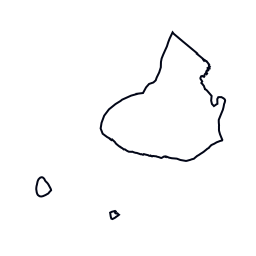 outline of Lapaha, Tongatapu, Tonga, rotated 171°
{"feature_id": "48082658B59364107477614", "entity_name": "Lapaha", "entity_type": "district", "adm_level": 2, "iso_a3": "TON", "parent_name": "Tonga", "parent_adm1": "Tongatapu", "projection": "natural_earth1", "projection_center": [-175.073, -21.147], "detail": "fine", "context": "isolated", "style": "outline", "palette": "ink", "viewbox_px": 256, "rotation_deg": 171, "n_neighbors": 0, "source": "geoboundaries", "source_scale": "gbopen_adm2", "svg_char_len": 3212}
<svg xmlns="http://www.w3.org/2000/svg" viewBox="0 0 256 256"><g transform="rotate(171 128 128)"><path d="M69.0,215.5L70.5,213.3L72.9,209.8L74.8,206.5L76.8,202.5L79.2,198.9L81.8,194.9L83.9,191.4L85.1,188.1L86.1,182.8L88.5,178.0L91.8,173.3L93.2,170.7L95.8,169.0L100.3,168.2L103.8,165.3L107.7,160.2L113.7,160.4L113.6,160.2L119.8,159.5L129.4,156.9L131.1,155.9L136.6,153.6L143.9,149.4L149.6,143.9L153.3,137.3L155.1,131.8L153.9,126.3L150.1,122.4L147.9,120.7L147.6,120.4L147.7,120.2L146.9,119.2L146.1,118.6L145.5,119.2L143.9,117.2L142.9,115.8L142.5,114.7L141.1,113.0L139.0,110.7L138.4,110.6L137.8,109.6L136.7,108.9L135.9,107.9L135.6,107.5L134.7,107.5L134.2,107.2L132.9,105.9L131.0,104.5L129.6,104.2L128.3,103.9L127.6,104.0L125.9,103.0L124.4,102.3L123.2,102.0L120.4,100.5L119.7,100.1L118.6,100.0L118.2,99.6L117.8,99.4L117.1,99.2L116.7,99.4L116.5,99.7L115.8,99.5L115.1,99.1L113.6,98.5L112.4,98.0L111.9,97.6L111.5,97.3L111.0,97.2L110.7,97.0L110.3,96.9L110.1,97.0L109.9,97.2L108.7,96.2L108.1,96.3L107.9,96.5L107.7,96.5L107.1,96.3L105.8,95.9L104.5,95.6L104.0,95.2L103.5,95.0L102.1,94.4L100.5,93.5L99.9,93.2L99.2,93.3L97.7,93.9L96.8,94.2L96.1,93.9L95.3,93.5L95.2,94.0L94.4,93.7L92.1,92.3L89.5,91.3L84.6,90.1L81.2,88.2L75.9,86.4L74.9,86.4L73.2,86.6L71.4,86.8L70.1,87.1L68.8,87.2L67.6,87.4L66.1,88.4L64.9,89.1L64.6,89.2L64.3,89.5L62.4,90.2L60.3,91.2L58.6,91.9L56.9,92.7L55.2,93.7L53.3,94.8L52.9,95.1L51.4,95.6L50.4,96.6L49.1,97.5L48.7,97.9L47.7,98.3L45.2,99.0L42.7,100.0L40.8,100.4L39.0,100.8L37.8,100.9L37.0,101.0L36.7,101.5L37.1,103.2L38.1,107.4L38.4,109.9L38.5,111.0L38.4,112.4L38.1,113.9L38.0,115.0L37.7,116.2L37.6,117.2L37.5,118.9L37.2,121.2L37.0,122.0L35.5,124.5L33.4,128.0L31.5,131.1L30.4,133.6L29.3,136.7L28.4,138.2L28.3,138.6L27.8,139.7L27.9,141.0L28.9,142.3L30.9,143.9L32.8,144.2L34.0,144.3L35.3,142.6L35.9,137.9L37.0,137.5L39.7,136.2L41.3,138.6L41.6,142.0L40.4,146.6L42.3,149.7L44.1,152.6L44.8,153.5L45.9,154.3L45.8,154.9L46.2,155.8L46.4,157.5L46.9,158.5L47.3,159.0L47.5,159.7L48.0,160.2L48.5,161.0L47.4,162.4L48.7,165.2L48.7,166.0L47.7,167.6L46.5,167.8L45.7,167.0L44.8,166.7L44.3,167.4L44.4,168.0L43.7,169.1L42.6,170.0L41.9,168.9L41.3,169.5L42.0,170.9L41.4,171.6L41.6,171.9L40.6,172.8L40.0,172.3L39.8,172.4L40.2,173.3L40.0,173.6L39.6,173.7L39.6,174.4L39.9,174.8L39.5,175.0L39.0,173.7L38.1,173.9L38.0,175.0L38.4,175.1L38.5,175.4L38.1,175.6L37.7,176.0L38.0,176.2L38.3,176.8L38.2,177.5L38.3,177.9L38.0,178.1L39.7,181.2L39.8,181.1L41.4,182.9L42.3,182.4L43.1,183.8L42.7,184.1L46.3,188.2L48.4,190.5L48.0,190.9L61.0,205.7L68.1,213.9L69.0,215.5ZM213.7,79.3L214.0,80.5L215.5,84.8L216.4,86.5L217.6,88.1L218.1,89.0L218.6,90.7L219.3,91.8L220.1,92.6L221.2,92.9L222.4,92.7L223.5,92.0L224.5,91.2L225.2,90.1L225.6,89.5L226.1,88.2L226.9,86.1L227.4,85.0L227.8,83.7L228.2,82.0L228.2,80.0L228.2,78.5L227.8,76.6L227.4,75.8L226.3,74.7L225.5,74.2L224.0,73.9L222.6,74.0L219.9,74.7L218.1,75.4L217.4,75.6L216.6,76.1L215.8,76.9L214.5,77.9L213.7,78.5L213.7,79.3ZM158.9,46.3L158.9,44.6L158.9,43.1L158.6,41.1L157.6,40.5L155.7,41.1L154.2,41.7L153.9,42.0L152.1,42.8L150.5,43.7L151.3,44.6L151.8,45.4L152.9,45.3L153.6,45.7L154.0,46.3L153.1,47.4L153.8,48.1L157.0,47.8L158.9,47.2L158.9,46.3Z" fill="none" stroke="#020617" stroke-width="2"/></g></svg>